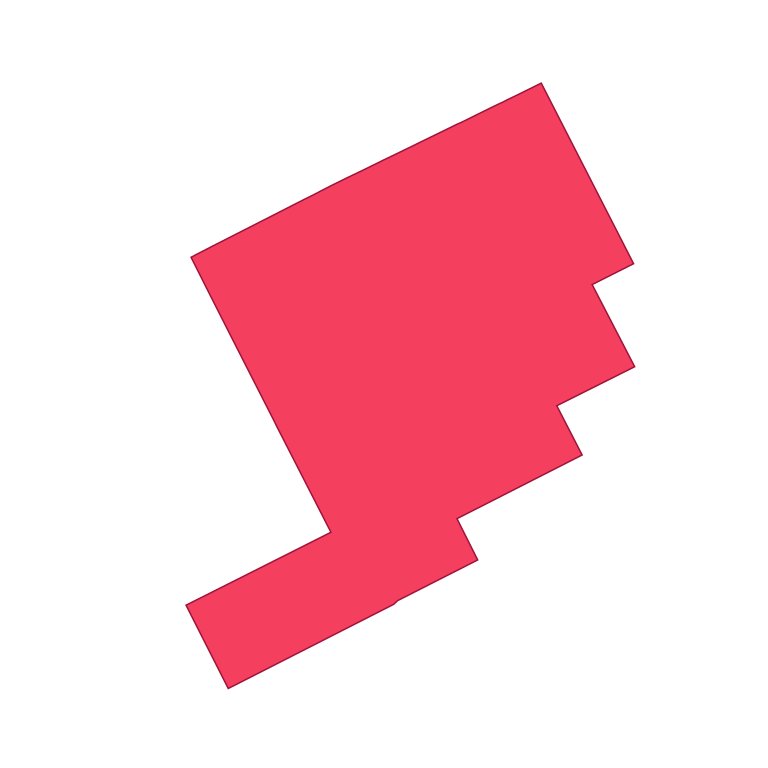 Roosevelt, New Mexico, United States of America, rotated 243°
{"feature_id": "52423323B49332182234099", "entity_name": "Roosevelt", "entity_type": "district", "adm_level": 2, "iso_a3": "USA", "parent_name": "United States of America", "parent_adm1": "New Mexico", "projection": "mercator", "projection_center": [-103.277, 34.088], "detail": "fine", "context": "isolated", "style": "filled", "palette": "rose", "viewbox_px": 768, "rotation_deg": 243, "n_neighbors": 0, "source": "geoboundaries", "source_scale": "gbopen_adm2", "svg_char_len": 771}
<svg xmlns="http://www.w3.org/2000/svg" viewBox="0 0 768 768"><g transform="rotate(243 384 384)"><path d="M184.7,387.6L215.9,387.8L230.9,387.9L230.8,528.3L286.2,528.1L285.6,615.2L378.1,614.6L377.9,661.0L580.7,660.7L581.1,629.4L581.3,622.7L581.2,618.2L581.4,614.1L581.6,606.5L581.8,590.8L582.0,571.7L582.3,567.2L583.0,525.4L583.2,511.7L583.8,484.3L583.8,481.8L584.1,460.8L584.5,445.3L584.7,429.8L584.7,425.7L584.7,422.1L584.7,414.2L584.6,411.8L584.6,409.5L584.6,409.1L584.6,408.4L584.6,405.0L584.7,398.0L584.7,389.2L584.7,384.7L584.7,371.3L584.7,294.1L584.6,276.7L584.5,269.6L540.4,269.4L492.3,269.3L462.3,269.3L400.2,269.3L394.5,269.2L276.0,269.4L276.8,107.2L183.4,107.0L183.3,292.7L184.8,297.8L184.7,387.6Z" fill="#f43f5e" stroke="#9f1239" stroke-width="1.5"/></g></svg>